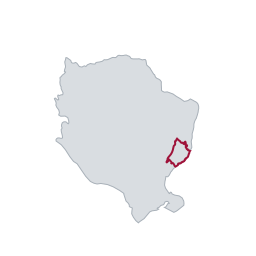 where Vaslui sits in Romania, rotated 42°
{"feature_id": "ROU-316", "entity_name": "Vaslui", "entity_type": "County", "adm_level": 1, "iso_a3": "ROU", "parent_name": "Romania", "parent_adm1": "", "projection": "orthographic", "projection_center": [27.841, 46.485], "detail": "fine", "context": "in_parent", "style": "outline", "palette": "rose", "viewbox_px": 256, "rotation_deg": 42, "n_neighbors": 0, "source": "natural_earth", "source_scale": "10m", "svg_char_len": 5372}
<svg xmlns="http://www.w3.org/2000/svg" viewBox="0 0 256 256"><g transform="rotate(42 128 128)"><path d="M191.3,143.1L193.4,146.0L196.1,147.6L202.3,149.1L202.8,148.9L202.9,148.6L202.5,148.2L202.4,147.7L202.7,147.0L203.5,146.9L204.9,147.5L207.6,146.6L211.5,144.2L215.0,143.7L218.3,145.0L220.1,146.6L221.2,148.1L220.9,150.0L220.7,151.2L219.9,156.1L219.4,157.9L218.5,160.0L208.2,162.6L208.9,161.4L208.6,159.4L208.2,157.8L209.1,156.4L206.8,155.9L205.8,156.7L205.0,158.1L205.8,161.1L204.7,162.8L204.2,163.8L204.2,166.1L203.6,167.0L203.4,168.1L205.1,167.8L204.4,169.8L201.3,173.5L200.3,175.8L200.6,184.6L199.3,189.9L199.2,191.5L195.9,191.6L194.9,191.4L191.7,190.7L188.2,189.3L186.1,186.6L184.8,184.6L181.8,185.5L181.3,185.3L180.4,184.3L178.2,183.7L175.4,183.6L169.2,180.0L168.6,179.4L163.7,180.0L156.4,181.6L150.7,183.7L144.9,187.4L142.5,190.3L139.7,191.8L135.8,192.9L128.9,192.2L121.8,190.5L114.1,188.6L109.9,189.3L104.3,188.3L95.9,186.0L89.6,185.1L83.3,185.8L82.3,184.9L82.1,183.9L82.4,182.5L83.4,181.5L84.9,180.7L85.8,179.9L85.9,179.1L84.3,177.6L81.0,175.4L79.6,174.1L79.3,173.8L79.3,172.7L78.6,171.8L77.3,171.1L76.4,169.9L75.7,168.2L76.0,166.7L77.1,165.4L78.5,164.8L80.1,165.1L80.8,164.8L80.6,163.7L79.1,162.3L76.3,160.6L73.3,161.2L70.1,164.3L67.8,164.7L66.7,162.4L64.4,160.9L61.0,160.2L59.0,159.2L58.3,157.9L56.9,156.8L53.7,155.5L53.8,154.5L54.3,154.3L55.5,154.3L57.1,154.2L57.4,153.6L57.4,153.1L56.2,152.4L55.0,151.8L54.4,151.3L54.1,150.8L54.0,150.3L54.4,150.0L54.9,150.0L55.4,149.7L55.8,148.6L56.5,147.6L57.0,147.3L57.1,146.6L56.6,145.9L56.0,145.2L55.0,144.8L52.0,143.5L50.6,142.0L49.6,141.8L48.2,140.9L46.7,139.5L45.4,137.6L44.0,136.4L43.7,135.9L43.7,135.4L44.0,134.9L44.0,134.4L43.8,132.7L44.2,130.9L44.3,129.1L44.3,128.4L44.1,128.1L43.8,128.3L43.4,128.6L43.0,128.7L42.0,127.3L40.8,124.6L40.0,123.7L38.2,122.4L36.8,121.2L35.8,119.0L34.8,117.2L35.7,116.6L40.2,116.1L42.2,117.2L43.1,117.0L44.1,116.3L44.6,115.7L44.8,115.1L45.3,114.3L46.8,114.1L50.7,114.9L52.4,113.9L53.1,113.3L53.5,112.0L54.1,110.9L55.5,110.5L55.6,109.5L55.5,108.3L56.5,106.0L57.1,105.0L57.9,104.7L58.9,104.0L60.7,102.6L60.4,101.2L60.8,100.2L62.8,97.8L64.3,95.5L64.4,94.3L64.6,93.2L65.9,92.2L67.2,90.7L69.2,86.1L69.8,85.4L71.0,84.6L71.8,83.8L72.1,80.7L72.9,79.8L74.4,78.9L75.9,77.4L77.2,75.6L78.1,74.8L79.3,74.6L80.6,73.9L82.0,73.8L83.4,74.2L84.2,74.1L85.6,73.2L89.2,70.0L89.7,69.3L90.4,68.9L93.1,67.8L93.9,66.7L94.9,65.6L96.1,65.8L99.8,68.7L104.0,68.7L104.8,68.9L105.0,69.0L105.5,69.2L111.0,70.8L111.8,70.7L112.1,70.6L114.3,71.8L116.3,71.8L118.2,71.1L120.1,70.9L121.9,71.4L123.2,73.0L126.7,76.5L127.7,77.7L129.3,77.6L131.1,77.0L133.0,74.9L138.7,72.6L143.0,72.1L147.2,71.2L152.0,70.6L153.5,68.6L154.3,67.3L154.9,64.7L157.5,64.0L159.9,63.5L160.8,63.2L162.6,63.1L164.0,63.4L166.1,64.7L167.6,66.3L168.2,67.5L169.5,69.3L170.8,71.9L172.3,75.2L172.6,76.9L173.2,78.7L174.3,80.9L176.4,83.4L176.7,83.9L177.7,85.6L179.6,89.5L181.1,91.0L182.5,92.7L183.2,94.4L184.2,95.9L186.5,97.9L188.4,99.7L189.9,105.0L191.0,107.4L191.7,109.3L191.4,113.1L191.8,114.7L190.9,117.6L189.4,123.6L189.0,128.3L189.3,130.8L189.3,132.5L189.7,133.5L190.2,135.6L190.2,137.5L189.7,138.1L188.9,138.5L188.6,138.9L189.3,139.7L190.3,141.3L191.3,143.1Z" fill="#d9dde1" stroke="#a8b0b8" stroke-width="1"/><path d="M189.4,103.6L189.4,103.8L189.7,104.6L190.5,106.0L190.5,106.5L191.6,108.7L191.8,109.5L191.8,109.9L191.8,110.3L191.7,110.6L191.5,110.9L191.4,111.3L191.6,111.8L191.4,111.9L191.3,112.1L191.3,113.2L191.3,113.4L191.6,113.9L191.7,114.0L191.8,114.0L191.9,115.1L191.8,115.3L191.7,115.6L191.6,116.1L191.5,116.3L191.3,116.3L191.2,116.5L191.1,117.3L191.0,117.5L190.8,117.5L190.7,117.7L190.8,118.3L190.8,118.7L190.8,118.8L190.5,119.4L190.3,119.6L190.1,119.7L189.9,119.8L189.7,119.9L189.6,120.1L189.7,120.5L189.4,120.8L189.2,120.9L189.2,121.1L189.6,121.7L189.7,121.9L189.8,122.1L189.9,122.3L189.7,123.0L189.5,123.7L189.2,124.6L189.2,124.8L188.4,125.0L188.1,125.0L187.6,124.8L186.9,124.4L185.4,124.0L185.2,124.0L184.8,124.1L184.7,124.3L184.5,124.5L184.3,124.9L184.2,125.1L183.8,125.2L183.7,125.0L183.6,124.8L183.6,124.6L183.5,124.4L183.2,124.3L179.8,123.9L179.5,124.0L179.4,124.2L179.5,124.5L179.9,125.2L180.0,125.5L180.0,126.0L179.9,126.8L179.9,127.2L179.9,127.4L179.8,127.5L179.7,127.6L179.4,127.5L179.2,127.1L179.0,126.4L178.8,125.6L178.5,125.1L177.9,124.2L177.6,122.9L177.5,119.3L177.3,118.0L176.8,116.2L176.1,114.5L174.1,110.9L174.0,110.2L174.1,109.6L174.1,108.9L173.8,108.4L173.5,108.0L172.6,107.2L172.3,106.9L172.2,106.7L171.9,106.4L172.2,105.9L172.2,105.6L172.1,105.2L171.7,104.0L171.6,103.1L173.8,103.2L175.3,103.0L175.6,103.0L176.0,103.1L176.4,103.2L176.8,103.4L177.2,103.3L177.9,103.1L178.1,102.9L178.2,102.7L178.3,102.5L178.5,102.3L179.1,102.4L179.8,102.6L180.2,102.5L180.4,102.4L180.5,102.2L180.5,101.9L180.4,101.7L180.0,101.8L179.8,101.8L179.7,101.7L179.7,101.1L179.7,100.9L179.7,100.7L179.6,100.3L179.6,100.1L179.7,99.9L180.0,99.9L180.2,100.0L181.4,100.9L181.9,101.5L182.6,102.4L182.9,102.6L183.0,102.6L183.0,102.4L183.0,102.2L183.0,101.9L183.1,101.6L183.4,101.4L183.6,101.5L183.8,101.7L183.9,101.9L183.9,102.2L183.7,102.8L183.6,103.1L183.5,103.3L183.6,103.5L183.8,103.6L184.0,103.7L184.3,103.6L184.5,103.7L185.2,104.1L185.9,104.3L186.1,104.3L186.3,104.2L186.6,103.9L186.8,103.9L187.0,104.0L187.4,104.3L187.6,104.3L187.8,104.1L188.3,103.8L189.2,103.7L189.4,103.6L189.4,103.6Z" fill="none" stroke="#9f1239" stroke-width="2"/></g></svg>